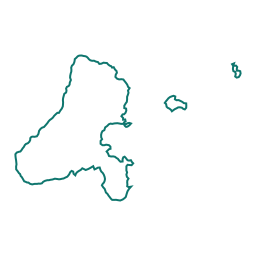 Ilhabela, São Paulo, Brazil (Natural Earth projection)
{"feature_id": "56859067B17407049512119", "entity_name": "Ilhabela", "entity_type": "district", "adm_level": 2, "iso_a3": "BRA", "parent_name": "Brazil", "parent_adm1": "São Paulo", "projection": "natural_earth1", "projection_center": [-45.279, -23.845], "detail": "fine", "context": "isolated", "style": "outline", "palette": "teal", "viewbox_px": 256, "rotation_deg": 0, "n_neighbors": 0, "source": "geoboundaries", "source_scale": "gbopen_adm2", "svg_char_len": 3888}
<svg xmlns="http://www.w3.org/2000/svg" viewBox="0 0 256 256"><path d="M123.7,123.9L124.1,122.3L125.6,121.4L125.2,119.5L123.1,119.7L123.1,117.9L121.4,116.2L122.6,114.4L124.0,114.3L125.5,112.8L126.3,110.6L126.1,108.6L124.3,108.1L124.3,105.7L125.8,103.2L126.8,101.9L127.1,99.5L127.1,96.8L127.8,95.0L128.5,92.8L128.0,90.6L129.6,88.1L128.1,86.9L127.2,84.6L125.7,82.5L124.4,80.9L123.4,79.5L121.4,79.2L119.1,79.4L117.1,78.7L115.4,76.9L115.8,74.5L116.9,72.8L116.5,71.0L115.0,69.5L113.7,67.2L112.1,67.6L111.2,66.2L109.6,65.6L108.1,64.4L106.9,63.0L105.2,62.9L103.5,62.7L101.3,63.7L99.3,63.9L98.0,62.1L95.9,61.6L94.0,60.7L92.1,60.8L90.3,60.3L88.9,59.2L87.9,57.9L86.6,56.7L85.2,56.2L83.6,56.0L81.7,55.5L79.2,55.6L77.7,56.3L76.3,57.8L74.8,59.1L74.6,60.9L74.2,62.5L73.4,64.3L71.9,65.7L71.2,67.7L71.4,69.7L71.3,71.6L70.7,73.5L70.2,75.8L70.1,77.7L70.9,80.0L69.8,82.5L69.6,84.6L68.7,86.0L66.9,86.9L66.1,88.5L66.5,90.6L66.1,92.5L64.3,93.8L63.6,96.3L63.1,98.2L62.9,100.1L63.1,102.3L63.0,104.3L62.8,106.4L61.8,108.6L60.3,110.6L58.9,112.9L57.4,112.8L55.7,114.3L54.1,115.9L52.9,117.6L51.4,118.9L49.8,120.0L48.6,121.3L47.4,123.1L45.7,125.1L44.0,127.0L42.2,127.6L40.6,128.8L39.1,130.8L38.4,134.0L36.9,136.3L34.5,136.8L32.8,136.6L31.4,136.9L30.3,138.1L30.2,140.0L29.4,141.7L27.9,143.2L25.9,144.0L24.8,145.1L23.8,147.0L22.6,148.4L21.6,150.0L20.4,151.5L18.9,151.8L16.8,152.5L15.4,154.2L15.5,156.2L15.7,158.0L16.1,160.5L16.3,162.4L16.5,164.3L16.1,166.6L16.2,169.4L17.8,171.4L18.9,173.1L20.1,174.1L20.7,176.0L21.8,177.1L23.1,179.3L24.2,181.3L25.6,181.8L27.0,182.5L28.5,182.6L30.0,183.8L32.2,184.4L34.5,183.9L37.0,183.9L38.6,183.6L40.2,183.7L41.9,183.3L43.2,181.8L45.1,180.8L47.3,180.2L48.9,180.2L50.4,179.8L52.5,179.5L54.9,178.7L57.1,179.0L59.0,179.3L60.6,179.1L62.2,178.7L63.6,178.5L65.3,177.6L67.3,176.7L69.1,174.5L70.2,172.2L71.6,170.9L73.2,171.6L73.6,173.8L75.3,175.3L76.0,173.5L77.1,172.2L78.8,171.0L80.8,169.9L82.3,168.3L84.2,169.2L85.7,170.0L88.3,169.0L90.7,167.7L93.2,166.2L94.5,169.4L96.1,168.7L97.8,167.7L99.7,167.5L100.5,170.1L101.3,171.6L102.7,172.9L103.8,174.7L104.6,176.9L105.0,179.0L104.6,181.0L103.9,182.6L102.8,183.7L101.9,185.3L103.2,187.3L104.6,188.8L105.4,190.9L105.9,192.5L107.4,193.8L108.6,195.7L109.8,197.2L110.9,198.7L112.2,199.9L114.3,199.9L116.0,199.8L117.6,200.1L120.2,200.5L122.7,199.5L124.6,198.1L125.8,196.9L126.6,194.1L127.5,191.3L129.1,188.8L131.0,186.7L128.6,187.1L127.2,186.3L127.4,184.4L127.2,182.6L127.3,180.6L128.5,178.6L126.9,176.8L126.4,174.6L127.1,172.3L126.4,170.6L126.4,168.7L126.4,166.3L127.6,164.8L129.3,165.0L131.6,165.2L133.2,163.3L131.9,162.0L130.9,160.2L129.0,160.6L127.5,160.2L125.9,158.1L124.6,156.7L123.3,157.3L122.6,159.1L122.6,161.5L120.4,161.7L118.9,160.2L117.9,158.8L116.5,158.0L115.0,156.8L113.2,156.4L111.1,156.5L109.0,156.0L108.0,153.4L106.6,151.5L107.8,150.4L109.0,149.2L110.5,148.8L110.4,146.6L109.0,145.2L107.5,144.9L106.1,144.7L104.3,145.2L102.5,145.2L100.6,143.8L100.6,140.9L102.1,139.2L101.2,137.4L101.1,134.9L101.6,132.8L102.5,131.1L104.3,130.2L105.2,127.4L107.3,125.9L108.8,124.3L110.5,123.6L112.2,123.9L114.5,123.4L117.4,123.2L119.3,123.5L121.3,123.9L123.7,123.9ZM174.9,99.3L175.3,96.5L173.6,95.8L171.9,96.3L170.1,97.0L168.4,98.3L167.3,99.7L166.1,101.1L164.8,102.9L166.1,104.0L166.6,106.7L167.7,107.8L169.4,108.6L171.0,109.9L171.9,111.3L173.6,110.0L174.9,109.1L176.6,108.3L178.1,107.4L179.9,107.3L181.9,107.7L183.3,108.9L184.8,109.4L186.2,107.8L186.3,105.6L186.2,103.4L183.8,103.1L182.5,102.0L180.6,101.0L178.6,100.1L176.5,100.2L174.9,99.3ZM233.2,65.9L232.9,69.1L233.4,71.1L235.1,71.9L235.8,73.8L235.2,76.5L236.7,77.6L238.7,77.1L240.0,75.2L240.6,73.4L240.2,71.2L238.7,70.7L236.8,70.7L236.8,68.8L237.2,67.0L236.0,65.6L233.2,65.9ZM123.7,123.9L124.9,125.9L126.1,126.9L127.5,126.6L129.5,125.2L131.0,123.5L129.3,122.9L127.6,123.2L126.1,124.1L123.7,123.9ZM233.2,65.9L234.0,63.4L232.1,64.2L233.2,65.9Z" fill="none" stroke="#0f766e" stroke-width="2"/></svg>